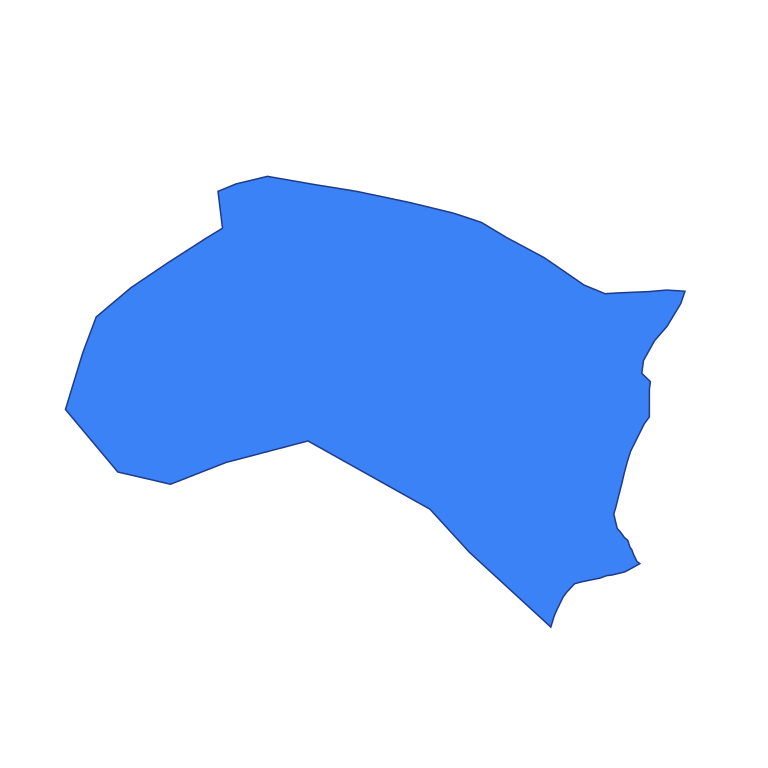 Bonneterre Gardens, Gros Islet, Saint Lucia, rotated 17°
{"feature_id": "8701671B61716592772376", "entity_name": "Bonneterre Gardens", "entity_type": "district", "adm_level": 2, "iso_a3": "LCA", "parent_name": "Saint Lucia", "parent_adm1": "Gros Islet", "projection": "mercator", "projection_center": [-60.933, 14.067], "detail": "fine", "context": "isolated", "style": "filled", "palette": "blue", "viewbox_px": 768, "rotation_deg": 17, "n_neighbors": 0, "source": "geoboundaries", "source_scale": "gbopen_adm2", "svg_char_len": 1019}
<svg xmlns="http://www.w3.org/2000/svg" viewBox="0 0 768 768"><g transform="rotate(17 384 384)"><path d="M614.6,567.7L614.6,556.4L614.8,553.8L615.5,548.4L617.6,535.3L619.5,529.9L624.7,519.3L630.0,515.9L636.0,512.6L647.4,506.4L652.9,502.2L657.9,500.0L664.5,496.1L669.2,493.3L676.1,486.3L681.2,481.0L677.8,479.8L672.6,474.2L669.6,470.2L666.9,468.1L662.9,462.3L658.6,460.4L653.7,456.6L649.2,453.9L641.8,441.2L641.7,433.5L641.2,424.3L640.5,409.2L639.8,398.9L639.4,387.2L639.5,376.2L644.5,346.1L647.4,337.9L639.3,311.3L638.1,303.9L627.4,298.4L625.3,285.7L630.1,263.4L637.8,246.2L644.3,220.3L644.7,207.3L626.9,211.5L609.7,218.4L580.5,228.7L569.0,233.0L546.4,230.9L500.5,216.4L458.4,208.1L430.0,201.0L400.7,200.3L356.0,202.9L301.4,207.8L256.2,214.0L211.8,219.5L184.0,235.9L168.9,248.3L184.0,282.2L170.2,297.8L141.4,331.8L113.9,365.8L89.2,404.0L86.8,442.1L86.8,501.5L155.2,546.0L209.1,542.3L255.9,505.2L327.9,460.7L396.2,475.5L464.6,490.3L514.9,520.0L614.6,567.7Z" fill="#3b82f6" stroke="#1e3a8a" stroke-width="1.5"/></g></svg>